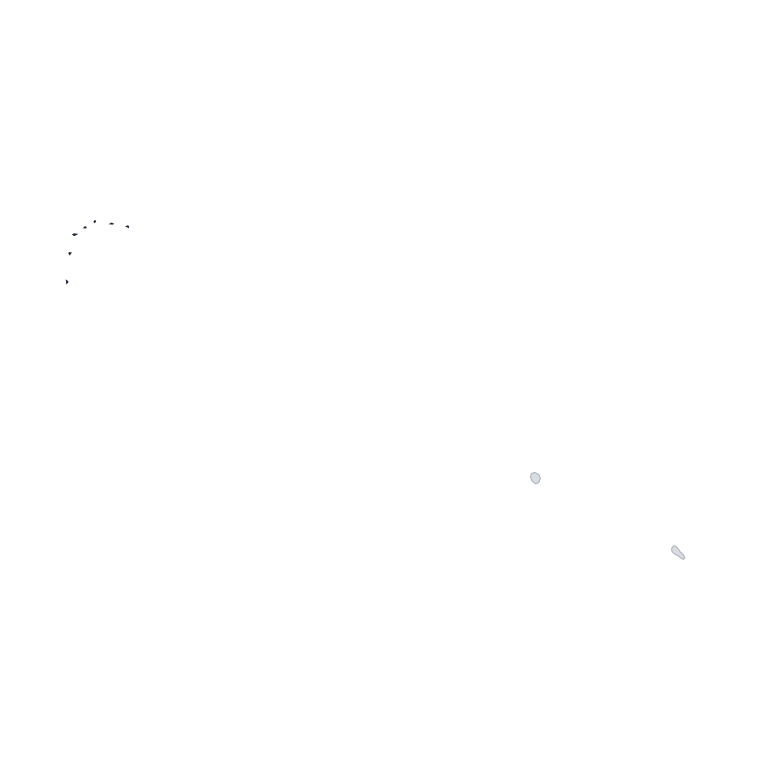 location of Gaafu Dhaalu within Maldives, rotated 112°
{"feature_id": "MDV-5241", "entity_name": "Gaafu Dhaalu", "entity_type": "Atoll", "adm_level": 1, "iso_a3": "MDV", "parent_name": "Maldives", "parent_adm1": "", "projection": "mercator", "projection_center": [73.082, 0.355], "detail": "fine", "context": "in_parent", "style": "filled", "palette": "slate", "viewbox_px": 768, "rotation_deg": 112, "n_neighbors": 0, "source": "natural_earth", "source_scale": "10m", "svg_char_len": 1091}
<svg xmlns="http://www.w3.org/2000/svg" viewBox="0 0 768 768"><g transform="rotate(112 384 384)"><path d="M431.6,54.1L428.7,55.7L425.9,55.1L425.0,53.0L426.3,50.1L428.7,46.3L430.3,42.1L432.6,39.9L434.4,40.6L434.2,43.0L433.3,46.2L432.8,50.3L431.6,54.1ZM415.3,213.5L411.7,213.8L409.5,210.9L410.0,206.6L412.8,203.7L417.2,203.5L419.8,206.1L418.5,210.3L415.3,213.5Z" fill="#d9dde1" stroke="#a8b0b8" stroke-width="1"/><path d="M360.6,725.6L361.2,726.1L361.8,726.5L362.1,727.0L361.9,728.1L361.2,727.6L361.0,727.2L360.9,726.9L360.8,726.4L360.6,725.6ZM380.0,723.6L381.4,724.0L380.6,724.9L380.3,724.9L380.2,724.3L380.0,723.6ZM409.0,715.9L407.3,716.8L407.6,715.7L408.0,715.6L408.5,715.7L409.0,715.9ZM350.6,718.5L351.2,720.3L350.5,720.0L350.5,719.8L350.4,719.6L350.5,719.4L350.5,719.1L350.6,718.5ZM334.3,679.9L334.2,681.4L333.6,680.7L333.6,680.3L334.3,679.9ZM341.6,712.5L341.8,712.8L342.1,712.9L342.3,713.0L342.0,713.4L341.1,713.0L341.1,712.7L341.6,712.5ZM337.2,695.7L337.3,695.8L337.7,697.3L337.2,696.9L337.1,696.5L337.2,696.1L337.2,695.7Z" fill="#64748b" stroke="#1e293b" stroke-width="1.5"/></g></svg>